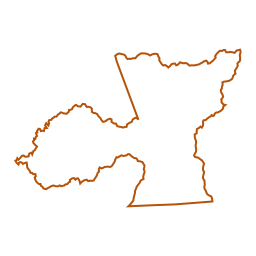 Mutunópolis, Goiás, Brazil (Robinson projection)
{"feature_id": "56859067B66418540138374", "entity_name": "Mutunópolis", "entity_type": "district", "adm_level": 2, "iso_a3": "BRA", "parent_name": "Brazil", "parent_adm1": "Goiás", "projection": "robinson", "projection_center": [-49.322, -13.713], "detail": "fine", "context": "isolated", "style": "outline", "palette": "amber", "viewbox_px": 256, "rotation_deg": 0, "n_neighbors": 0, "source": "geoboundaries", "source_scale": "gbopen_adm2", "svg_char_len": 4641}
<svg xmlns="http://www.w3.org/2000/svg" viewBox="0 0 256 256"><path d="M175.0,204.4L212.4,201.5L212.2,199.8L212.0,198.2L211.2,196.4L209.0,195.4L207.4,194.3L206.5,192.8L205.8,190.7L204.7,189.1L204.3,187.1L204.8,184.5L204.5,182.1L204.5,180.6L203.4,179.2L202.9,177.3L203.4,175.1L203.8,173.5L204.1,171.9L203.2,170.5L203.0,168.9L203.1,167.1L203.6,165.1L204.1,163.5L203.2,162.3L201.9,160.3L200.3,159.3L199.2,158.4L198.1,157.6L196.4,157.3L195.1,157.0L194.1,155.7L194.7,153.9L196.0,151.8L196.2,149.5L195.6,145.4L195.9,143.9L196.2,142.5L195.9,140.6L195.1,138.5L194.8,136.9L194.7,134.4L196.7,133.3L196.7,130.7L197.0,129.0L198.9,128.0L200.5,126.6L201.8,127.6L202.9,125.8L203.2,123.7L202.9,121.6L203.6,120.3L205.6,120.1L207.0,118.8L208.7,117.5L210.8,116.2L211.7,115.0L212.9,116.0L214.1,115.5L214.7,113.6L216.3,112.5L217.9,112.4L220.2,111.1L221.5,110.3L223.0,108.6L223.3,106.5L225.3,105.0L223.4,104.5L222.6,103.4L221.5,102.4L221.7,100.9L221.2,99.5L222.1,98.5L223.1,96.7L222.6,94.8L220.9,91.8L220.9,89.7L221.9,88.5L221.9,86.7L222.7,84.9L222.4,82.3L224.1,81.6L225.7,81.5L227.3,81.2L228.8,80.9L230.4,80.1L231.7,79.2L232.6,77.9L233.2,75.8L234.1,74.7L235.5,73.7L234.9,71.8L235.0,70.4L235.9,69.1L237.0,67.3L237.8,65.5L237.4,63.6L238.2,62.5L239.5,61.5L240.1,60.1L240.1,57.8L239.8,55.0L240.3,53.3L240.6,51.5L240.0,49.7L238.6,50.1L236.8,50.4L234.6,52.9L232.7,52.3L230.2,51.9L228.4,52.3L226.1,52.2L225.0,50.0L223.5,50.0L222.0,51.0L220.2,50.7L218.5,51.9L216.3,54.3L215.1,56.1L215.7,57.6L212.7,61.0L211.3,62.0L209.8,63.3L208.0,63.6L207.5,61.8L206.1,60.6L204.1,61.3L202.7,62.3L198.9,64.4L196.1,65.0L194.4,65.4L191.6,65.3L189.4,65.6L188.0,64.3L186.8,63.3L185.0,63.1L183.7,63.3L182.1,63.0L180.0,62.3L179.1,63.4L177.6,64.9L176.2,65.3L174.9,63.5L172.8,63.7L171.4,64.3L170.2,65.9L168.3,67.5L167.1,66.2L165.1,65.0L163.2,65.5L161.9,64.3L160.6,62.5L159.2,60.1L159.5,58.4L158.2,56.1L157.5,54.1L155.0,53.7L152.3,54.3L150.1,55.5L147.6,54.0L144.8,53.4L142.7,53.4L141.0,53.4L137.7,55.5L135.3,58.3L133.6,58.1L130.6,59.0L129.1,58.7L127.5,59.0L126.4,57.9L125.6,56.1L124.5,54.8L123.0,54.4L119.4,53.5L117.2,54.2L115.2,55.8L116.9,61.9L138.4,119.7L136.9,118.1L135.4,117.8L132.8,119.4L131.6,122.0L129.5,122.8L127.1,124.4L126.6,126.8L124.8,127.0L123.0,127.6L121.6,127.0L119.8,126.8L117.3,126.2L116.0,123.6L114.2,123.6L111.5,121.8L111.5,119.4L110.0,118.7L107.3,119.7L106.0,120.9L104.7,121.5L103.0,121.9L101.2,119.7L100.3,118.0L99.3,117.0L98.3,116.0L97.1,114.0L94.9,113.0L93.6,113.0L91.9,111.9L91.8,108.5L90.4,107.3L88.1,106.7L86.9,107.0L86.0,105.9L85.1,104.2L82.7,103.9L80.5,106.6L77.7,106.2L76.2,104.9L74.9,105.4L72.8,107.3L72.0,109.2L70.4,109.9L69.1,109.9L68.8,111.8L67.7,112.6L66.7,113.8L63.3,113.3L62.1,112.7L60.6,112.4L59.4,113.6L57.7,114.8L56.6,116.6L54.5,116.7L53.4,117.9L52.2,118.4L51.4,119.8L49.1,120.2L48.5,121.9L49.1,123.4L48.4,125.5L46.2,123.2L45.1,125.4L46.0,126.8L46.8,128.0L44.6,128.1L43.9,131.0L42.1,130.7L40.8,131.1L40.1,129.1L38.6,128.7L37.0,131.1L37.3,132.5L36.0,133.0L36.4,134.4L37.0,136.0L35.7,137.1L35.4,138.9L34.0,138.6L34.0,140.4L33.0,141.4L33.4,143.0L35.1,144.8L37.0,146.6L35.5,148.9L34.7,150.3L33.5,150.9L32.2,154.4L31.5,152.7L29.2,153.6L28.6,156.4L26.6,156.7L24.9,156.6L23.6,155.5L21.9,155.9L20.2,158.0L18.3,159.7L17.3,158.3L16.8,159.9L15.4,160.7L16.6,162.8L18.5,164.5L18.9,162.9L20.1,162.0L22.0,162.7L22.8,163.9L24.5,163.1L26.6,162.5L27.0,164.6L27.3,167.6L28.5,169.3L29.7,170.8L30.5,172.8L31.9,172.8L33.2,174.1L35.4,174.1L35.8,176.2L34.7,177.5L35.2,179.3L36.2,181.5L37.6,183.0L39.2,184.2L40.5,184.0L41.0,185.9L42.5,186.8L43.3,188.4L46.0,189.2L47.9,188.0L49.6,187.2L51.4,186.0L53.7,185.5L55.2,186.1L56.5,186.3L58.0,186.4L59.7,185.4L61.1,186.2L62.6,185.8L64.1,185.6L65.4,184.4L67.2,184.2L68.6,182.5L70.1,181.7L69.9,179.9L72.3,178.3L74.2,178.2L75.4,179.7L76.5,178.6L77.9,178.3L78.8,179.5L79.7,181.5L80.2,183.5L81.1,182.5L82.6,181.3L84.1,180.4L85.5,179.9L86.9,179.8L88.2,181.2L90.2,180.6L92.1,180.9L93.8,180.4L94.9,178.4L96.2,176.6L97.1,174.8L97.6,173.0L99.0,171.6L98.8,169.3L99.7,167.5L101.5,168.4L103.2,167.8L104.8,166.9L106.0,166.8L107.6,166.6L109.2,166.9L110.6,166.9L112.1,165.7L113.0,164.2L114.7,161.6L115.2,159.6L116.5,157.2L117.7,157.5L119.9,156.2L121.5,155.3L123.4,156.0L126.4,155.4L128.0,154.2L129.5,154.2L130.8,155.5L132.2,156.7L134.3,158.1L136.0,158.2L137.3,159.4L137.7,161.0L139.8,161.3L142.4,162.0L143.6,164.2L144.5,165.4L144.3,167.1L143.7,169.2L144.5,171.0L144.5,172.6L143.8,174.2L143.2,176.7L143.5,179.0L141.3,180.1L140.2,181.3L139.6,182.9L138.0,184.9L136.7,186.7L136.0,188.8L135.0,190.9L134.9,193.4L134.3,195.3L133.6,198.4L133.3,200.6L131.8,202.5L130.2,204.5L128.4,206.3L151.0,205.3L175.0,204.4Z" fill="none" stroke="#b45309" stroke-width="2"/></svg>